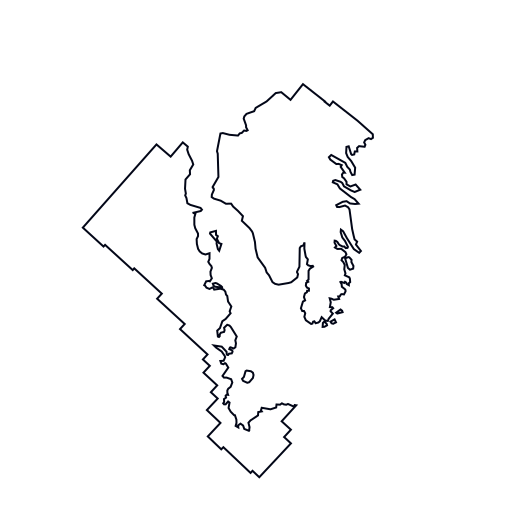 the district of Kenai Peninsula, Alaska, United States of America, rotated 311°
{"feature_id": "52423323B64721050065013", "entity_name": "Kenai Peninsula", "entity_type": "district", "adm_level": 2, "iso_a3": "USA", "parent_name": "United States of America", "parent_adm1": "Alaska", "projection": "albers", "projection_center": [-151.789, 60.039], "detail": "fine", "context": "isolated", "style": "outline", "palette": "ink", "viewbox_px": 512, "rotation_deg": 311, "n_neighbors": 0, "source": "geoboundaries", "source_scale": "gbopen_adm2", "svg_char_len": 6167}
<svg xmlns="http://www.w3.org/2000/svg" viewBox="0 0 512 512"><g transform="rotate(311 256 256)"><path d="M416.5,178.7L396.5,179.6L396.2,167.6L391.9,164.0L379.6,162.6L367.6,158.6L364.1,159.6L357.1,155.6L353.7,155.6L351.6,156.6L348.1,162.8L346.7,164.0L345.4,167.2L344.1,166.7L342.9,164.7L339.5,164.5L337.9,163.3L335.1,163.4L330.1,156.5L327.0,150.3L325.1,148.8L309.5,157.8L308.1,160.0L291.0,175.8L279.6,178.0L279.2,178.5L279.2,179.8L278.2,180.9L273.4,182.4L271.4,183.9L271.7,186.6L274.6,193.1L275.7,199.0L279.2,202.9L278.3,206.3L278.2,212.8L277.5,220.0L273.3,222.2L272.8,232.8L271.9,237.0L271.1,238.7L265.9,246.0L261.2,250.9L256.0,258.2L253.1,270.6L250.6,274.8L250.0,278.5L247.1,285.6L247.5,288.7L249.2,291.9L257.0,298.3L259.3,299.8L266.9,301.2L269.9,299.6L270.6,297.7L271.2,297.2L276.4,295.8L290.7,283.8L292.7,283.5L295.1,284.8L298.1,283.7L293.2,287.7L289.0,292.9L288.0,294.3L287.5,297.3L283.3,299.8L283.2,301.5L284.2,303.8L285.8,305.3L285.5,306.1L281.8,305.0L279.3,305.4L272.7,311.1L270.8,310.9L270.7,312.3L268.6,311.5L266.3,313.1L265.6,315.2L266.2,317.3L264.5,318.7L263.3,317.4L262.0,318.2L259.8,317.5L256.5,319.1L254.7,322.2L252.4,321.3L246.0,324.2L244.8,327.0L246.0,328.3L245.1,330.7L241.8,332.4L240.2,335.8L240.9,342.2L242.0,342.9L243.9,342.2L245.0,342.9L244.4,345.1L246.7,346.7L248.6,347.0L252.9,345.7L252.7,350.7L254.1,352.8L256.4,352.0L262.9,351.8L263.2,348.5L264.1,348.0L267.2,348.5L267.4,347.2L265.9,345.3L270.1,342.8L272.4,339.4L273.3,341.0L274.0,343.4L278.1,346.9L279.4,344.6L280.5,345.7L282.6,345.3L283.6,345.8L284.7,347.6L288.0,346.8L289.0,345.9L289.3,344.7L289.1,341.0L290.9,339.1L291.7,336.8L292.3,337.1L293.6,340.3L294.9,340.1L295.1,341.5L294.4,342.8L294.9,345.2L296.3,343.9L298.1,344.2L300.5,341.7L301.1,340.4L299.7,335.7L301.6,334.9L303.9,331.3L307.4,328.9L308.7,325.9L308.9,323.3L311.1,322.4L313.9,323.7L316.6,323.1L317.6,321.0L317.3,315.6L314.7,312.8L314.2,310.0L316.3,310.1L317.6,306.5L319.2,305.3L319.8,306.3L320.0,308.2L319.2,310.8L319.2,312.1L320.0,315.2L321.1,316.4L320.8,318.5L322.1,319.7L323.2,319.4L325.7,313.4L326.6,309.0L329.6,304.2L331.6,302.8L331.8,305.6L329.1,312.9L325.4,325.3L326.1,331.8L328.6,331.9L330.2,323.9L333.2,322.9L333.2,319.5L335.5,316.2L339.4,310.9L352.5,296.0L353.2,293.5L352.5,290.1L347.7,286.9L346.2,285.0L347.0,283.2L353.8,285.9L356.8,288.4L357.3,292.4L360.2,296.6L362.8,299.1L363.6,293.1L362.8,288.9L362.0,275.0L363.5,270.4L362.0,265.6L363.4,264.9L365.4,266.1L367.5,271.2L367.7,273.2L366.3,276.7L367.8,284.7L369.0,288.4L374.4,291.2L375.3,284.3L370.4,281.6L369.5,277.3L371.4,275.6L372.4,271.5L372.2,269.3L373.9,267.4L376.2,267.2L377.1,268.3L378.8,261.5L380.8,261.1L379.7,257.9L378.1,256.3L377.5,248.8L378.4,246.2L381.6,246.5L384.9,262.3L383.2,266.3L382.8,270.2L381.5,272.0L380.2,275.5L382.1,277.0L387.7,272.9L390.1,265.6L390.9,260.2L392.8,256.5L397.7,252.7L399.6,254.0L395.3,261.0L395.3,262.2L397.1,263.5L399.7,262.0L401.4,263.9L403.9,261.4L406.5,261.7L409.7,266.3L411.7,265.6L412.7,263.1L415.1,262.4L418.8,263.7L419.7,266.1L421.9,266.7L424.5,264.3L424.7,243.8L423.1,212.7L417.8,213.0L417.5,206.7L417.9,206.7L416.5,178.7ZM91.2,403.6L137.5,405.3L137.8,396.0L147.8,396.3L148.1,383.8L169.7,384.3L168.9,383.0L167.8,383.4L166.9,382.5L165.3,377.2L163.6,376.4L162.3,374.4L161.8,372.2L159.6,371.7L157.4,368.9L154.9,370.6L149.8,367.5L145.2,359.9L142.8,361.0L142.5,362.3L139.7,360.1L137.0,362.1L128.3,359.7L125.2,359.7L122.6,363.4L119.8,365.3L119.7,366.1L117.8,360.6L119.6,357.5L119.3,354.3L116.4,353.6L115.0,355.1L114.4,352.1L117.2,350.8L119.6,348.6L122.0,344.6L121.5,343.9L121.9,339.0L123.3,335.0L128.0,332.2L127.9,330.4L124.1,330.4L123.1,329.2L123.3,327.9L125.0,327.7L127.0,325.7L129.5,326.3L130.5,324.8L132.1,324.8L132.9,326.0L134.1,324.0L135.7,322.6L137.6,322.1L140.6,322.7L145.0,321.1L146.7,318.1L144.9,313.5L143.2,311.6L143.5,309.4L153.6,308.3L155.0,303.9L154.8,302.9L152.9,302.4L152.0,300.4L153.4,298.0L155.7,300.3L159.4,299.1L160.0,298.1L161.4,292.8L160.7,286.0L160.9,283.0L165.1,289.6L164.4,296.6L162.7,298.3L162.5,299.2L163.0,299.9L164.5,299.7L166.6,301.6L168.4,301.1L169.1,300.0L168.2,296.9L169.8,296.4L170.4,296.7L171.5,299.8L173.6,300.3L176.9,298.2L178.8,295.7L182.6,294.3L185.9,283.6L186.1,281.6L185.2,279.4L180.9,279.0L179.5,280.9L177.8,281.7L175.0,279.8L172.9,280.1L171.7,281.2L170.6,281.2L170.2,280.1L174.2,275.7L177.9,276.1L184.7,273.4L188.5,274.4L196.1,274.4L197.0,272.4L201.7,270.5L203.3,264.8L207.0,260.5L207.2,258.7L209.0,256.2L209.4,253.7L207.9,250.5L203.2,246.5L203.8,245.0L203.6,243.7L200.6,242.5L199.6,239.4L200.2,237.1L200.0,236.1L204.2,235.0L206.4,237.0L206.6,237.8L210.2,237.3L211.8,234.3L214.3,231.9L218.1,230.5L219.1,228.9L219.5,226.2L220.3,223.8L223.3,222.8L227.6,219.1L224.0,216.9L222.6,213.7L222.5,210.5L223.4,207.6L226.3,203.5L229.8,200.1L233.0,199.2L234.9,197.5L237.1,191.9L239.1,189.0L244.6,184.2L248.2,182.5L247.4,180.7L247.6,180.4L253.7,184.8L255.5,184.8L255.9,182.6L251.5,172.9L250.8,169.6L254.1,165.5L255.3,162.8L257.1,162.1L260.2,158.3L267.5,152.6L274.4,152.6L277.3,149.8L283.9,148.6L285.9,145.3L288.7,138.3L291.1,134.3L293.8,132.8L293.7,126.2L275.0,126.4L274.9,107.7L163.8,106.7L163.1,134.7L165.4,134.8L164.5,172.2L166.8,172.2L165.8,209.6L158.9,209.4L157.9,246.8L151.0,246.6L149.9,284.0L143.1,283.8L142.8,293.2L133.5,292.9L132.9,311.6L123.6,311.3L123.3,320.6L107.5,320.0L106.7,338.7L88.2,338.0L87.3,356.6L90.3,356.8L88.7,394.2L91.6,394.3L91.2,403.6ZM154.1,326.1L153.3,328.2L154.6,332.6L156.3,333.7L161.9,333.7L164.6,332.2L165.9,330.2L165.7,327.8L163.4,324.1L162.2,323.7L156.8,326.2L154.1,326.1ZM236.2,222.7L235.8,224.8L242.4,222.0L241.5,219.7L243.3,215.2L245.9,214.2L245.7,212.0L248.7,209.3L243.8,206.0L242.7,206.6L241.2,216.9L239.5,218.1L236.2,222.7ZM307.3,333.2L307.3,335.9L310.2,337.6L312.4,336.1L314.0,332.0L315.8,330.6L316.2,327.3L315.7,326.4L312.7,324.8L307.3,333.2ZM205.7,243.6L206.0,245.3L209.9,251.2L210.3,250.8L210.4,249.2L209.6,244.3L209.0,243.1L206.8,241.6L205.7,243.6ZM249.4,350.4L246.2,352.8L247.5,354.1L250.3,355.1L251.1,353.9L251.3,351.9L250.8,350.5L249.4,350.4ZM255.3,355.3L254.8,357.2L255.5,358.7L258.4,359.9L259.7,356.9L255.3,355.3ZM265.8,353.7L265.9,355.1L270.4,358.2L271.2,356.9L271.1,354.9L265.8,353.7Z" fill="none" stroke="#020617" stroke-width="2"/></g></svg>